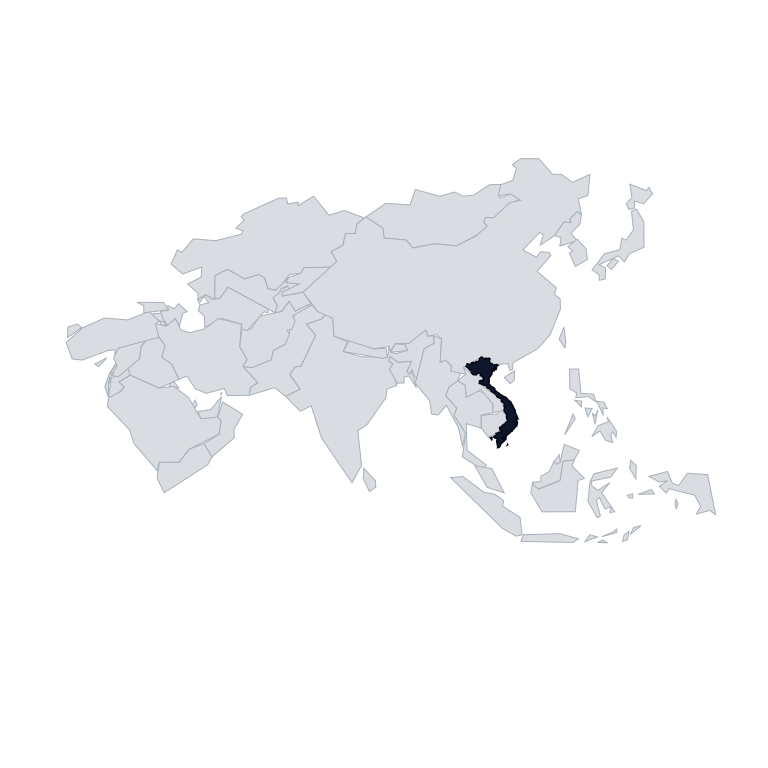 Vietnam highlighted on a map of Asia, rotated 348°
{"feature_id": "VNM", "entity_name": "Vietnam", "entity_type": "country or territory", "adm_level": 0, "iso_a3": "VNM", "parent_name": "Asia", "parent_adm1": "", "projection": "robinson", "projection_center": [106.111, 15.964], "detail": "fine", "context": "in_parent", "style": "filled", "palette": "ink", "viewbox_px": 768, "rotation_deg": 348, "n_neighbors": 45, "source": "natural_earth", "source_scale": "50m", "svg_char_len": 18717}
<svg xmlns="http://www.w3.org/2000/svg" viewBox="0 0 768 768"><g transform="rotate(348 384 384)"><path d="M399.0,217.3L390.9,221.9L387.0,230.8L377.6,228.8L372.7,239.7L360.0,243.5L363.2,254.2L359.5,259.4L330.0,253.5L325.7,258.4L314.3,257.2L299.4,269.8L290.3,266.7L289.2,255.4L284.0,250.9L269.4,252.2L254.8,239.4L241.1,243.0L236.2,265.8L228.1,259.5L219.4,262.9L220.9,256.6L212.7,245.4L227.3,241.4L230.0,231.7L209.9,234.5L200.7,222.3L209.8,209.8L213.6,213.3L227.7,202.4L249.1,208.8L276.2,207.8L278.1,204.9L271.6,200.8L281.4,194.7L279.2,190.6L281.9,188.6L319.2,180.4L327.2,181.7L327.3,187.8L337.9,188.4L336.9,191.7L354.1,185.7L365.2,207.4L381.3,206.1L399.0,217.3Z" fill="#d9dde1" stroke="#a8b0b8" stroke-width="1"/><path d="M236.2,265.8L241.1,243.0L254.8,239.4L269.4,252.2L284.0,250.9L289.2,255.4L290.3,266.7L297.5,269.8L312.8,259.9L309.3,264.5L322.0,268.5L314.8,273.0L308.9,272.5L310.0,268.0L303.0,269.4L297.8,276.8L293.6,276.5L295.9,285.4L292.1,291.7L251.5,256.9L241.9,265.7L236.2,265.8Z" fill="#d9dde1" stroke="#a8b0b8" stroke-width="1"/><path d="M681.7,539.9L681.2,580.6L676.4,575.4L662.5,576.2L668.4,569.3L664.6,557.3L641.2,545.7L637.4,549.3L632.0,541.2L641.4,537.5L633.3,537.4L623.9,529.5L643.1,528.5L645.4,540.9L651.1,544.7L662.1,534.3L681.7,539.9ZM592.9,579.2L589.9,587.0L584.6,587.6L587.5,581.6L592.9,579.2ZM643.9,566.7L643.5,562.0L645.7,557.6L646.8,562.4L643.9,566.7ZM554.2,497.8L551.0,503.4L560.4,518.0L553.8,518.7L544.6,548.7L512.0,541.9L505.0,521.0L508.9,511.1L513.6,518.8L531.7,516.0L536.2,514.7L543.0,496.7L554.2,497.8ZM609.4,544.8L623.6,542.9L625.6,547.7L609.4,544.8ZM603.7,547.3L599.9,546.2L598.9,543.5L604.4,543.2L603.7,547.3ZM609.6,510.0L613.8,516.5L610.6,529.2L606.7,517.3L609.6,510.0ZM570.8,515.4L594.8,514.8L586.3,522.2L566.9,522.1L566.1,526.9L571.1,532.4L584.3,527.5L574.2,535.5L583.2,557.0L578.1,556.6L580.8,551.5L574.0,552.2L571.2,540.0L567.5,541.9L568.2,558.2L564.7,559.1L559.1,541.1L565.0,522.7L570.8,515.4ZM569.8,585.9L559.9,583.3L565.1,582.1L569.8,585.9ZM565.2,578.7L576.7,576.5L581.6,574.2L580.8,577.6L565.2,578.7ZM554.1,574.2L560.8,578.0L547.7,580.0L554.1,574.2ZM489.0,560.4L525.1,567.0L542.0,575.9L535.8,578.3L485.2,566.4L489.0,560.4ZM474.5,528.1L489.3,542.7L487.7,560.2L481.6,560.3L469.9,550.0L429.7,489.4L441.8,490.9L459.1,510.5L469.4,514.9L476.8,523.0L474.5,528.1Z" fill="#d9dde1" stroke="#a8b0b8" stroke-width="1"/><path d="M593.6,582.3L598.3,576.3L606.0,576.1L593.6,582.3Z" fill="#d9dde1" stroke="#a8b0b8" stroke-width="1"/><path d="M121.4,315.8L115.0,324.6L111.7,339.4L110.4,328.6L117.3,317.0L121.4,315.8Z" fill="#d9dde1" stroke="#a8b0b8" stroke-width="1"/><path d="M126.7,310.0L117.5,316.9L126.4,307.5L126.7,310.0Z" fill="#d9dde1" stroke="#a8b0b8" stroke-width="1"/><path d="M118.7,321.3L114.1,327.8L117.0,320.4L118.7,321.3Z" fill="#d9dde1" stroke="#a8b0b8" stroke-width="1"/><path d="M118.7,321.3L137.1,315.1L137.6,322.7L125.2,326.8L129.2,333.1L117.5,341.3L111.7,339.4L118.7,321.3Z" fill="#d9dde1" stroke="#a8b0b8" stroke-width="1"/><path d="M196.1,372.2L209.1,373.0L222.2,363.0L213.6,383.1L197.7,380.0L196.1,372.2Z" fill="#d9dde1" stroke="#a8b0b8" stroke-width="1"/><path d="M192.3,369.0L192.4,364.5L195.8,360.5L196.9,366.1L192.3,369.0Z" fill="#d9dde1" stroke="#a8b0b8" stroke-width="1"/><path d="M177.9,335.9L182.5,345.3L173.1,341.9L177.9,335.9Z" fill="#d9dde1" stroke="#a8b0b8" stroke-width="1"/><path d="M137.6,322.7L137.1,315.1L149.9,308.6L154.2,296.6L163.4,290.2L173.3,291.5L178.0,300.8L172.4,311.5L180.7,320.8L184.4,336.7L163.3,341.4L137.6,322.7Z" fill="#d9dde1" stroke="#a8b0b8" stroke-width="1"/><path d="M214.8,381.8L222.4,367.9L239.4,384.3L227.7,397.2L226.5,405.3L200.5,419.6L195.6,404.9L212.3,398.7L216.9,386.2L214.8,381.8ZM223.8,359.3L221.4,360.9L223.2,358.8L223.8,359.3Z" fill="#d9dde1" stroke="#a8b0b8" stroke-width="1"/><path d="M470.0,447.5L472.2,434.8L488.9,436.9L491.4,432.6L497.5,439.1L496.9,446.6L487.6,451.4L490.1,455.2L474.9,457.2L470.0,447.5Z" fill="#d9dde1" stroke="#a8b0b8" stroke-width="1"/><path d="M484.4,434.5L472.2,434.8L470.0,447.5L456.4,439.9L451.4,465.9L467.4,484.8L462.0,488.1L445.5,471.5L453.5,449.3L446.0,429.2L450.0,422.6L441.8,408.4L446.7,400.5L456.8,396.1L463.1,402.1L461.8,414.2L473.5,409.3L481.7,414.8L486.4,426.4L484.4,434.5Z" fill="#d9dde1" stroke="#a8b0b8" stroke-width="1"/><path d="M496.2,434.9L484.4,434.5L486.4,426.4L477.6,409.7L461.8,414.2L463.1,402.1L456.8,396.1L466.0,391.4L465.2,384.2L473.6,393.9L480.2,394.0L482.3,399.4L477.3,403.3L495.8,424.3L496.2,434.9Z" fill="#d9dde1" stroke="#a8b0b8" stroke-width="1"/><path d="M456.8,396.1L446.7,400.5L441.8,408.4L450.0,422.6L446.0,429.2L453.5,449.3L447.8,461.6L447.7,441.7L440.6,417.9L430.7,425.5L424.3,423.4L425.2,409.9L414.7,389.5L430.6,357.6L441.4,354.5L442.5,347.1L449.7,351.8L443.5,374.4L449.2,373.3L453.8,380.3L452.2,385.5L462.5,387.1L456.8,396.1Z" fill="#d9dde1" stroke="#a8b0b8" stroke-width="1"/><path d="M612.4,259.1L608.7,268.4L598.3,275.4L602.5,284.0L584.7,285.7L587.6,277.7L581.6,274.3L585.4,270.4L593.8,262.7L600.7,264.8L599.6,261.6L608.7,255.4L612.4,259.1Z" fill="#d9dde1" stroke="#a8b0b8" stroke-width="1"/><path d="M592.4,287.9L603.1,282.5L609.8,293.9L608.8,304.5L595.5,308.8L592.5,294.3L596.3,293.2L592.4,287.9Z" fill="#d9dde1" stroke="#a8b0b8" stroke-width="1"/><path d="M401.0,216.8L423.2,207.7L446.8,214.2L455.1,200.3L477.6,212.0L493.0,210.9L500.7,216.9L511.2,217.8L528.7,211.0L539.9,213.2L536.1,226.4L547.3,224.3L556.0,230.5L525.7,244.2L517.8,242.4L515.3,246.4L517.8,250.8L510.8,256.1L483.5,264.0L462.9,257.4L440.4,257.0L435.6,247.7L414.4,241.3L415.3,231.5L401.0,216.8Z" fill="#d9dde1" stroke="#a8b0b8" stroke-width="1"/><path d="M442.5,347.1L441.4,354.5L430.6,357.6L416.7,386.0L414.1,376.0L411.7,380.1L408.8,376.8L415.6,367.6L402.4,365.8L395.4,358.4L393.4,362.7L397.1,366.0L392.4,370.6L395.7,372.3L396.3,388.1L385.9,389.4L383.0,397.8L359.0,420.2L348.6,424.3L345.2,458.9L332.2,473.9L311.6,423.7L308.3,390.2L296.5,393.2L285.1,375.6L300.8,371.5L293.8,355.3L300.3,348.8L306.4,349.3L327.2,322.1L320.5,309.3L337.0,307.2L342.6,301.9L347.5,309.2L345.1,326.8L357.0,335.1L351.0,343.8L367.6,352.7L392.8,358.6L396.8,348.2L397.1,354.4L401.8,356.7L414.1,356.0L412.5,350.2L436.3,339.7L436.8,346.2L442.5,347.1Z" fill="#d9dde1" stroke="#a8b0b8" stroke-width="1"/><path d="M414.1,376.0L414.9,394.5L410.1,381.4L405.1,381.2L403.8,387.2L397.1,385.9L392.4,370.6L397.1,366.0L393.4,362.7L395.4,358.4L402.4,365.8L415.6,367.6L408.8,376.8L411.7,380.1L414.1,376.0Z" fill="#d9dde1" stroke="#a8b0b8" stroke-width="1"/><path d="M412.5,350.2L414.1,356.0L397.1,354.4L403.6,346.9L412.5,350.2Z" fill="#d9dde1" stroke="#a8b0b8" stroke-width="1"/><path d="M393.5,349.5L392.8,358.6L388.3,358.7L351.0,343.8L359.3,333.6L381.3,347.5L393.5,349.5Z" fill="#d9dde1" stroke="#a8b0b8" stroke-width="1"/><path d="M342.6,301.9L337.0,307.2L320.5,309.3L327.2,322.1L306.4,349.3L300.3,348.8L293.8,355.3L300.8,371.5L285.1,375.6L276.2,364.8L249.8,367.0L252.6,359.7L260.6,356.5L249.6,337.3L258.1,340.5L278.6,336.9L282.8,328.1L295.7,324.4L312.3,295.6L329.8,291.7L334.3,299.4L342.6,301.9Z" fill="#d9dde1" stroke="#a8b0b8" stroke-width="1"/><path d="M276.2,291.9L299.1,291.6L308.5,283.3L312.4,294.2L320.3,289.5L329.8,291.7L308.9,298.3L310.0,304.1L305.4,311.3L300.4,311.1L302.0,315.3L295.7,324.4L282.8,328.1L278.6,336.9L258.1,340.5L249.6,337.3L255.1,331.6L250.5,317.6L256.4,301.0L265.4,302.5L276.2,291.9Z" fill="#d9dde1" stroke="#a8b0b8" stroke-width="1"/><path d="M292.1,291.7L295.9,285.4L293.6,276.5L310.0,268.0L311.1,272.4L302.5,276.8L323.9,277.4L329.1,289.9L312.4,294.2L308.5,283.3L299.1,291.6L292.1,291.7Z" fill="#d9dde1" stroke="#a8b0b8" stroke-width="1"/><path d="M312.8,259.9L325.7,258.4L330.0,253.5L359.5,259.4L323.9,277.4L302.5,276.8L303.5,273.2L322.0,268.5L309.3,264.5L312.8,259.9Z" fill="#d9dde1" stroke="#a8b0b8" stroke-width="1"/><path d="M219.4,262.9L228.1,259.5L233.5,266.1L241.9,265.7L251.5,256.9L286.2,286.5L285.5,290.3L281.8,288.4L261.3,303.3L256.4,301.0L256.9,295.7L239.0,286.2L220.5,291.3L222.4,280.4L217.7,273.7L220.1,268.5L229.4,268.0L226.0,260.8L220.0,266.9L219.4,262.9Z" fill="#d9dde1" stroke="#a8b0b8" stroke-width="1"/><path d="M184.4,336.7L180.7,320.8L172.4,311.5L178.0,300.8L171.7,286.5L173.2,277.4L182.6,281.7L193.5,276.5L196.7,288.9L204.2,293.4L219.7,292.8L235.5,285.6L256.9,295.7L250.5,317.6L255.1,331.6L249.6,337.3L260.6,356.5L252.6,359.7L249.8,367.0L228.3,362.8L226.9,355.2L208.2,356.2L198.5,349.6L192.9,335.3L184.4,336.7Z" fill="#d9dde1" stroke="#a8b0b8" stroke-width="1"/><path d="M120.1,319.3L126.7,310.0L124.8,302.5L131.4,293.7L161.0,291.1L154.2,296.6L149.9,308.6L125.4,321.8L120.1,319.3Z" fill="#d9dde1" stroke="#a8b0b8" stroke-width="1"/><path d="M184.5,281.5L172.2,272.3L173.3,267.1L182.8,268.9L184.5,281.5Z" fill="#d9dde1" stroke="#a8b0b8" stroke-width="1"/><path d="M173.3,291.5L131.4,293.7L126.7,299.9L128.1,294.7L120.9,293.8L93.9,297.9L84.2,294.7L81.8,277.2L101.0,266.3L124.2,261.4L146.5,268.0L169.3,264.1L177.1,275.7L173.2,277.4L173.3,291.5ZM86.6,262.6L96.5,261.5L99.9,265.9L84.1,272.9L86.6,262.6Z" fill="#d9dde1" stroke="#a8b0b8" stroke-width="1"/><path d="M355.5,476.6L354.6,483.1L347.4,486.3L344.0,472.4L346.7,462.3L355.5,476.6Z" fill="#d9dde1" stroke="#a8b0b8" stroke-width="1"/><path d="M507.6,410.0L502.9,402.6L514.6,398.2L512.3,407.0L507.6,410.0ZM323.9,277.4L363.2,254.2L360.0,243.5L372.7,239.7L377.6,228.8L387.0,230.8L390.9,221.9L401.0,216.8L415.3,231.5L414.4,241.3L435.6,247.7L440.4,257.0L462.9,257.4L483.5,264.0L505.0,258.3L517.8,250.8L515.3,246.4L517.8,242.4L525.7,244.2L544.6,232.8L555.6,232.7L547.3,224.3L534.7,223.9L539.9,213.2L552.3,211.7L558.3,200.8L555.2,196.1L564.5,192.0L582.3,195.8L592.6,214.0L601.2,215.9L610.1,226.0L629.1,221.8L622.6,242.1L612.5,243.2L612.4,259.1L608.7,255.4L599.6,261.6L600.7,264.8L593.8,262.7L581.6,274.3L565.7,280.7L570.8,271.3L567.8,268.0L547.7,281.7L559.3,291.6L564.8,287.1L572.9,289.7L573.9,293.0L557.1,305.6L572.5,325.7L569.4,332.0L574.0,337.3L572.2,347.3L556.7,370.3L542.0,381.3L514.6,390.0L512.8,396.6L509.8,396.9L509.6,390.0L494.3,387.4L492.6,381.2L485.1,377.8L465.2,384.2L466.0,391.4L452.2,385.5L453.8,380.3L449.2,373.3L443.5,374.4L449.7,351.8L445.7,346.6L436.8,346.2L436.3,339.7L416.8,349.4L403.6,346.9L397.0,353.1L396.8,348.2L381.3,347.5L345.1,326.8L347.5,309.2L334.3,299.4L323.9,277.4Z" fill="#d9dde1" stroke="#a8b0b8" stroke-width="1"/><path d="M571.8,365.6L570.5,381.3L568.3,386.4L564.6,376.5L571.8,365.6Z" fill="#d9dde1" stroke="#a8b0b8" stroke-width="1"/><path d="M188.8,262.4L194.7,266.8L199.7,262.7L206.4,272.3L202.1,272.8L196.1,284.3L193.5,276.5L184.5,281.5L181.5,274.5L180.5,266.2L188.0,267.3L188.8,262.4ZM182.6,281.7L179.3,280.9L177.1,275.7L181.6,277.2L182.6,281.7Z" fill="#d9dde1" stroke="#a8b0b8" stroke-width="1"/><path d="M159.3,252.7L185.2,258.4L188.8,266.6L163.8,264.4L165.3,257.5L159.3,252.7Z" fill="#d9dde1" stroke="#a8b0b8" stroke-width="1"/><path d="M572.3,447.4L567.1,439.5L573.7,442.0L572.3,447.4ZM582.1,467.3L581.7,455.7L583.9,459.5L587.8,453.5L582.1,467.3ZM595.3,462.7L601.7,478.7L599.9,484.4L597.8,478.1L595.2,481.2L595.5,488.8L589.0,485.1L585.5,474.7L576.3,478.7L584.8,469.3L595.7,467.5L595.3,462.7ZM563.8,457.7L550.1,471.4L562.8,452.6L563.8,457.7ZM577.5,409.8L574.7,434.1L586.9,437.5L587.7,445.3L581.3,439.0L568.7,437.1L570.6,432.9L564.7,427.4L568.6,408.0L577.5,409.8ZM576.5,458.4L575.7,449.3L582.5,451.3L576.5,458.4ZM595.5,447.7L597.2,454.6L593.0,453.0L591.9,460.3L588.7,445.2L595.5,447.7Z" fill="#d9dde1" stroke="#a8b0b8" stroke-width="1"/><path d="M456.1,483.2L471.9,489.1L478.9,515.5L463.3,506.4L456.1,483.2ZM554.2,497.8L543.0,496.7L536.2,514.7L513.6,518.8L509.8,515.3L508.9,511.1L517.2,512.1L518.3,506.8L527.2,504.2L533.9,495.4L540.2,496.7L547.7,480.4L561.3,489.8L554.2,497.8Z" fill="#d9dde1" stroke="#a8b0b8" stroke-width="1"/><path d="M540.7,489.6L540.2,496.7L536.4,498.6L533.9,495.4L540.7,489.6Z" fill="#d9dde1" stroke="#a8b0b8" stroke-width="1"/><path d="M671.9,279.0L666.8,304.2L651.3,307.5L644.5,314.6L640.2,307.5L619.2,312.0L624.9,316.6L622.2,327.2L616.2,327.4L617.1,321.8L611.2,315.7L626.9,302.3L642.7,301.7L646.9,290.7L650.7,293.6L660.1,285.0L662.0,266.5L667.2,265.4L671.9,279.0ZM680.8,249.4L683.9,246.8L686.2,253.7L675.7,261.6L667.1,257.3L665.5,264.1L659.9,264.2L658.3,258.0L665.3,253.0L666.0,239.6L680.8,249.4ZM626.7,314.6L634.2,309.0L639.0,312.5L630.4,319.3L626.7,314.6Z" fill="#d9dde1" stroke="#a8b0b8" stroke-width="1"/><path d="M195.6,404.9L200.5,419.6L194.9,426.2L146.3,444.7L142.5,428.6L148.0,413.8L167.4,417.8L179.7,407.3L195.6,404.9Z" fill="#d9dde1" stroke="#a8b0b8" stroke-width="1"/><path d="M111.7,340.3L125.9,336.2L129.2,333.1L125.2,326.8L137.6,322.7L163.3,341.4L177.8,342.5L190.2,356.9L197.7,380.0L214.8,381.8L216.9,386.2L212.3,398.7L179.7,407.3L167.4,417.8L148.0,413.8L144.1,421.5L127.2,390.6L125.4,375.7L108.7,348.4L111.7,340.3Z" fill="#d9dde1" stroke="#a8b0b8" stroke-width="1"/><path d="M118.3,300.8L108.3,307.7L105.3,304.4L118.3,300.8Z" fill="#d9dde1" stroke="#a8b0b8" stroke-width="1"/><path d="M499.4,389.3L498.5,389.3L497.9,389.9L497.5,390.2L496.9,390.4L496.3,390.7L496.1,391.2L496.0,392.1L495.0,392.8L494.7,392.7L494.2,392.5L493.8,392.6L493.5,392.8L493.1,392.7L492.6,392.5L492.4,392.5L492.7,393.7L492.8,394.1L491.7,395.4L491.8,396.3L491.5,396.9L490.8,397.4L489.6,398.8L489.0,398.8L488.6,399.1L487.7,401.3L487.7,402.0L487.5,402.6L487.6,403.1L487.2,404.1L486.7,404.6L486.6,405.2L488.1,408.1L489.0,409.2L489.5,409.6L490.0,409.8L490.9,410.9L491.4,411.5L491.2,412.0L491.3,412.9L490.6,412.7L490.7,412.8L491.5,413.3L492.7,415.1L494.8,417.1L495.1,418.1L496.1,418.7L497.1,419.7L497.1,419.9L498.1,420.6L498.5,421.2L498.7,421.7L498.9,421.8L499.2,421.6L499.7,421.6L500.1,422.2L500.5,422.7L500.7,423.1L500.9,423.1L501.1,423.1L501.2,423.8L501.8,424.5L502.0,425.2L502.8,426.3L503.3,426.9L504.1,427.6L504.5,428.8L504.7,429.9L505.2,431.2L505.5,431.7L505.6,432.7L505.8,433.8L506.1,434.5L506.2,435.2L506.8,437.1L506.7,437.6L506.4,437.1L506.5,438.7L506.7,439.6L506.6,440.7L506.8,441.1L507.2,442.3L507.4,442.7L507.4,444.2L507.6,444.9L507.2,444.5L506.9,444.0L506.6,444.2L506.3,444.6L506.8,446.2L506.3,446.1L506.3,448.2L506.5,448.7L506.5,449.0L506.3,448.9L506.3,448.6L506.2,448.7L506.2,448.8L506.0,449.2L506.0,449.7L506.2,450.1L506.2,450.4L505.9,451.2L505.3,451.2L505.1,452.8L504.2,452.9L503.5,453.7L502.7,453.9L502.0,454.7L501.1,455.3L500.2,455.6L499.7,456.7L498.8,456.8L497.3,457.7L496.8,458.1L496.3,458.3L495.6,458.7L495.2,458.2L494.7,458.0L494.4,457.7L494.2,457.0L494.1,457.3L494.0,458.4L493.9,458.7L493.6,458.8L493.1,458.5L492.7,457.8L492.0,458.3L492.5,458.3L492.8,458.4L493.0,458.8L492.9,459.0L492.8,459.3L492.2,459.4L491.2,459.3L492.0,459.7L492.7,460.0L493.0,460.2L493.0,460.4L492.6,460.8L492.3,461.2L492.3,461.8L492.0,462.0L491.7,462.0L491.1,461.5L489.4,459.8L489.7,460.3L491.5,462.3L491.8,462.9L491.8,463.4L491.3,463.9L490.8,463.9L489.8,463.2L488.3,461.4L487.8,461.2L489.3,463.2L489.6,463.7L489.8,464.3L489.6,464.9L485.9,466.8L485.4,467.6L485.0,468.6L484.2,469.2L483.8,469.7L482.6,470.0L481.9,469.9L482.6,469.0L482.2,468.6L482.2,466.2L482.3,463.6L482.7,462.3L483.1,462.0L483.7,461.8L483.7,461.5L483.7,461.2L483.3,460.7L483.0,460.5L482.5,460.4L482.1,459.9L481.8,459.9L481.3,460.1L481.1,459.9L481.0,459.5L480.0,458.6L480.3,458.5L480.8,457.9L482.2,457.9L482.4,457.8L483.1,457.0L483.4,456.8L483.5,456.6L483.3,455.6L484.1,455.6L484.9,455.9L485.4,455.2L487.0,455.0L487.3,455.0L487.9,455.8L488.0,455.8L488.3,455.6L489.2,456.2L489.6,456.2L489.4,455.4L489.6,454.8L489.6,454.7L488.1,453.4L487.9,453.1L487.9,451.9L487.8,451.4L487.9,450.9L488.3,450.8L488.7,450.2L489.2,450.2L490.5,450.7L490.9,450.6L491.0,449.0L491.4,448.9L492.5,448.8L492.9,448.3L493.8,448.2L495.0,446.9L495.3,446.8L495.7,446.7L496.0,446.7L496.3,447.0L496.6,446.8L496.9,446.4L497.1,446.0L497.2,445.3L497.1,444.3L496.8,442.8L496.8,442.2L497.5,439.7L497.4,439.2L496.3,436.2L496.1,436.1L496.0,435.4L496.1,433.9L496.6,433.4L497.1,432.1L497.0,431.8L497.0,431.1L497.0,430.7L496.8,430.1L496.9,429.8L497.2,429.6L497.6,428.7L497.7,428.3L497.2,427.5L496.0,426.4L495.7,426.1L495.2,425.3L495.0,424.9L495.2,424.7L496.1,424.2L496.3,424.0L496.4,423.7L496.3,423.4L495.8,423.2L495.3,422.8L494.5,421.9L493.8,421.5L493.6,421.2L493.3,420.5L493.2,420.4L492.7,420.9L492.3,420.6L492.2,420.3L491.7,419.6L491.6,418.2L491.4,417.7L491.0,417.4L490.5,416.5L490.2,416.1L488.7,414.8L487.0,412.8L486.7,412.2L486.5,411.3L485.7,410.2L485.4,410.1L485.1,410.0L484.1,409.1L483.9,408.7L483.7,408.4L483.7,408.1L483.9,407.6L484.0,407.3L484.1,407.1L483.9,407.0L483.2,406.6L481.7,406.2L481.2,405.8L480.3,405.0L478.4,403.7L477.4,403.3L477.3,403.0L477.3,402.8L478.0,402.3L478.2,401.9L478.1,401.4L477.9,400.9L478.0,400.7L479.3,400.7L480.8,401.1L481.0,401.1L481.9,400.2L482.2,399.7L482.3,399.3L482.4,399.0L482.9,398.6L482.9,398.2L482.7,397.6L482.4,397.4L481.6,397.4L481.4,396.6L481.2,396.4L480.5,396.1L480.0,396.0L479.9,395.9L480.1,395.7L480.7,395.2L481.0,395.0L481.0,394.7L479.8,393.6L478.9,393.0L478.4,392.8L478.2,392.8L477.2,393.3L476.7,393.6L476.3,394.2L475.9,394.3L475.0,393.8L473.6,393.5L473.0,393.1L471.8,391.2L471.7,390.8L471.9,389.7L472.0,389.3L472.2,388.9L472.3,388.5L472.2,388.2L471.7,387.9L471.5,387.4L471.4,387.5L471.3,388.0L471.1,388.2L470.8,388.3L470.7,388.2L470.4,387.1L470.2,386.8L469.7,386.5L469.5,386.0L468.7,385.1L468.1,384.4L467.8,383.8L468.4,383.3L469.2,382.2L469.3,381.8L469.4,381.6L469.7,381.5L469.9,381.6L471.0,382.2L471.6,382.5L472.2,383.3L472.4,383.4L472.5,383.4L473.2,382.8L473.3,382.5L474.0,381.8L474.1,381.4L474.3,381.4L474.4,381.5L475.1,382.5L475.3,382.4L475.6,381.6L475.9,381.3L477.4,382.8L477.6,382.8L477.8,382.8L477.9,382.5L478.0,382.0L478.2,381.5L478.7,381.2L479.1,381.2L479.5,381.8L479.9,381.8L480.8,381.2L481.0,381.1L481.6,381.1L482.2,380.5L482.4,379.3L482.6,379.1L484.3,378.2L484.8,377.8L485.2,378.0L485.7,378.5L486.0,378.8L486.3,379.5L487.0,379.8L487.8,380.4L488.5,380.4L488.7,380.1L489.5,380.1L490.0,380.8L491.6,380.5L492.1,380.7L492.9,381.3L492.5,382.2L492.1,382.5L491.8,382.6L491.7,383.1L491.6,383.7L491.7,384.1L492.1,384.4L492.2,384.7L492.3,386.3L492.6,386.2L493.4,386.5L493.7,386.7L493.9,386.7L494.1,386.9L494.2,387.2L494.4,387.5L495.1,388.0L495.6,388.0L496.0,388.7L496.4,388.4L496.6,388.7L497.6,388.6L498.2,388.4L498.4,388.4L499.4,389.3ZM478.1,458.7L478.2,459.0L478.1,459.8L477.9,460.5L478.0,460.8L477.8,461.0L477.4,459.6L477.0,459.1L476.9,458.8L477.1,458.9L477.6,458.5L477.9,458.5L478.1,458.7ZM497.4,391.1L496.6,391.9L496.3,391.9L496.5,391.0L496.7,390.8L497.1,391.1L497.4,391.1ZM494.3,394.0L494.0,394.1L493.6,393.6L493.9,393.3L494.3,393.5L494.5,393.6L494.4,393.7L494.3,394.0ZM496.9,392.9L496.6,393.1L496.3,393.1L496.7,392.8L496.9,392.4L497.1,392.2L497.1,392.6L496.9,392.9ZM493.4,393.6L492.9,393.3L493.0,392.9L493.3,393.3L493.4,393.6ZM495.1,458.7L494.6,459.1L494.6,458.7L495.0,458.5L495.1,458.4L495.1,458.7ZM492.3,469.3L491.9,469.4L492.3,468.9L492.3,469.3Z" fill="#0f172a" stroke="#020617" stroke-width="1.5"/></g></svg>